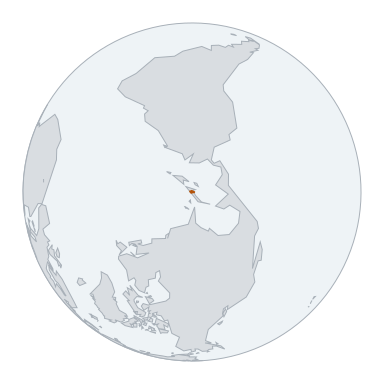 Las Tunas on an orthographic globe, rotated 206°
{"feature_id": "CUB-1368", "entity_name": "Las Tunas", "entity_type": "Province", "adm_level": 1, "iso_a3": "CUB", "parent_name": "Cuba", "parent_adm1": "", "projection": "orthographic", "projection_center": [-77.037, 21.068], "detail": "fine", "context": "on_globe", "style": "filled", "palette": "amber", "viewbox_px": 384, "rotation_deg": 206, "n_neighbors": 0, "source": "natural_earth", "source_scale": "10m", "svg_char_len": 9803}
<svg xmlns="http://www.w3.org/2000/svg" viewBox="0 0 384 384"><g transform="rotate(206 192 192)"><circle cx="192" cy="192" r="169" fill="#eef3f6" stroke="#a8b0b8"/><path d="M188.7,229.3L184.7,227.5L180.7,232.3L167.0,224.0L162.2,213.9L120.5,194.1L116.3,188.4L116.5,180.0L104.1,149.7L108.8,177.1L103.7,171.1L99.9,161.0L102.4,159.1L100.5,144.9L96.1,138.7L97.2,121.4L108.7,101.8L109.9,105.5L112.5,100.8L111.3,96.1L109.8,94.2L117.1,75.6L114.7,64.3L108.5,64.9L114.1,62.0L98.6,66.4L93.7,65.2L102.6,64.2L106.1,62.4L104.5,60.1L107.8,57.9L108.9,55.6L112.9,53.3L117.8,53.5L120.5,52.2L119.2,50.7L122.4,47.9L123.9,50.1L129.7,45.6L138.9,46.1L139.6,56.0L148.1,56.1L157.7,66.3L160.2,64.1L165.4,67.2L170.3,66.0L170.7,68.7L174.2,65.5L172.9,63.3L174.0,61.2L176.7,60.4L177.7,63.6L176.5,64.4L178.2,65.0L177.5,67.0L179.4,65.6L180.3,69.8L183.4,64.6L187.5,67.2L187.0,70.3L181.8,71.2L167.7,82.5L165.6,86.8L167.8,91.5L183.2,97.2L183.0,101.8L186.7,107.1L189.2,103.7L187.2,98.5L192.8,94.0L189.7,88.6L191.6,86.2L190.5,80.6L196.4,80.3L202.6,83.2L203.7,87.9L206.5,89.5L210.0,84.3L216.6,93.2L228.7,99.5L229.8,102.2L223.6,107.9L212.0,109.0L203.9,118.4L214.9,111.4L217.4,119.1L220.3,120.2L223.5,119.5L224.8,116.4L226.8,119.1L216.8,126.5L214.8,124.1L218.0,121.6L212.5,122.5L205.7,128.4L207.5,132.3L195.4,138.6L196.6,141.6L194.6,145.0L193.6,139.6L195.1,149.7L181.2,161.4L183.1,179.7L175.0,165.6L168.3,163.9L160.2,164.0L160.4,167.0L149.6,164.3L139.9,170.1L136.5,184.3L140.3,195.5L152.3,196.7L155.9,190.7L164.7,189.7L158.5,206.0L173.9,208.7L172.4,220.8L177.0,227.1L184.6,225.5L192.6,228.4L198.2,221.3L207.2,217.1L207.5,226.9L212.4,217.7L217.5,222.1L235.4,220.3L234.1,222.6L249.2,232.4L265.1,235.0L268.8,241.3L267.0,245.8L272.4,246.1L272.5,248.8L293.7,248.3L304.1,252.1L303.5,261.3L294.2,274.0L284.3,296.4L267.2,306.4L261.9,314.6L247.0,327.1L236.7,327.7L238.8,332.2L232.3,335.7L225.4,336.6L223.5,339.9L218.3,340.4L221.2,342.1L212.0,346.5L213.6,349.2L206.7,352.1L207.9,353.5L205.6,353.6L203.0,354.2L202.5,354.9L195.8,353.8L194.8,350.5L197.9,348.6L194.8,348.3L201.4,343.0L197.8,344.2L200.1,335.5L205.9,327.6L211.0,302.0L207.7,296.7L194.9,290.6L179.7,269.1L184.0,259.9L180.5,255.5L191.7,242.0L188.7,229.3ZM35.3,152.2L36.5,148.4L36.4,151.5L35.3,152.2ZM36.9,145.7L36.5,147.1L36.7,145.9L36.9,145.7ZM36.8,144.6L36.9,145.4L36.6,144.8L36.8,144.6ZM36.5,143.5L36.7,143.9L36.6,144.0L36.5,143.5ZM182.3,185.9L199.9,194.2L190.0,195.6L191.9,193.9L187.4,190.4L179.1,187.2L170.3,189.0L182.3,185.9ZM36.6,140.7L36.7,139.9L37.0,139.9L36.6,140.7ZM189.9,175.8L186.9,175.1L189.9,175.0L189.9,175.8ZM108.6,93.9L110.9,96.3L110.8,101.6L108.5,99.8L108.6,93.9ZM109.2,84.6L111.2,84.8L108.0,89.3L107.9,87.7L109.2,84.6ZM103.2,66.1L104.5,67.3L102.1,67.0L103.2,66.1ZM108.3,55.8L106.9,56.2L108.1,54.9L108.3,55.8ZM187.4,81.2L188.9,80.9L188.3,82.1L187.4,81.2ZM185.5,79.2L183.7,80.8L182.5,80.1L183.7,79.1L185.5,79.2ZM115.3,50.3L117.6,48.4L116.1,50.4L115.3,50.3ZM188.0,77.5L180.7,78.7L178.7,77.5L181.3,72.9L188.0,77.5ZM119.5,47.2L125.0,42.9L122.4,43.4L132.9,40.0L124.7,44.5L123.3,46.8L122.1,46.2L119.5,47.2ZM171.3,62.9L172.8,65.2L169.0,64.1L171.3,62.9ZM168.6,62.8L155.4,63.2L154.5,59.8L159.1,60.1L156.0,56.6L162.0,54.7L165.1,56.2L164.5,58.7L167.3,56.1L168.6,62.8ZM137.8,39.0L139.9,38.2L138.7,39.1L137.8,39.0ZM174.1,60.3L171.5,60.6L170.6,57.6L175.6,56.6L174.3,57.8L174.1,60.3ZM152.2,56.8L152.4,54.6L157.3,52.3L158.1,51.2L162.1,54.4L152.2,56.8ZM175.9,58.1L178.1,56.2L181.1,57.0L176.6,59.9L175.9,58.1ZM168.2,57.3L168.0,55.8L169.8,56.3L168.2,57.3ZM192.7,59.3L189.6,59.3L188.9,57.7L192.7,59.3ZM178.8,55.4L177.8,55.2L177.1,54.6L179.2,53.6L178.8,55.4ZM165.3,52.7L167.3,52.4L163.9,51.3L167.5,49.8L169.5,52.3L170.1,50.6L171.2,50.2L171.7,52.7L165.3,52.7ZM179.3,51.0L183.2,54.0L189.0,54.2L189.9,55.5L180.3,55.1L179.3,51.0ZM174.8,51.7L177.8,51.5L177.3,53.2L175.0,54.4L174.8,51.7ZM169.2,48.1L163.2,49.6L162.9,49.1L169.2,48.1ZM181.1,50.6L180.2,49.9L181.6,50.5L181.1,50.6ZM173.0,48.4L170.9,49.0L170.6,48.3L173.0,48.4ZM180.0,48.2L181.2,49.1L179.7,49.9L180.0,48.2ZM176.9,48.0L177.1,47.0L178.4,49.6L176.0,48.4L176.9,48.0ZM173.1,47.7L172.3,47.5L174.0,47.6L173.1,47.7ZM185.2,45.1L187.2,48.2L183.8,49.7L182.3,46.4L185.2,45.1ZM206.7,356.0L196.2,354.3L202.2,355.1L207.0,353.8L212.3,355.0L206.7,356.0ZM220.5,352.1L225.6,350.9L226.7,351.1L223.4,352.1L220.5,352.1ZM321.7,83.8L323.1,85.5L319.0,81.1L310.0,71.0L321.7,83.8ZM297.4,59.9L300.3,62.3L301.2,63.0L302.6,64.3L304.8,66.3L304.0,65.6L301.9,63.8L302.6,64.7L312.3,74.0L314.6,75.9L319.1,82.3L323.3,86.4L326.1,90.3L320.1,84.9L317.3,81.9L309.9,79.0L313.3,82.6L320.5,85.8L320.3,86.6L325.0,92.3L321.2,88.6L312.5,84.8L313.6,91.9L322.8,110.5L321.8,114.9L317.4,115.5L306.2,101.3L309.7,93.3L305.8,88.9L298.4,85.7L300.0,83.8L297.4,81.7L298.1,78.8L292.4,71.2L292.1,68.3L283.5,62.1L282.1,60.0L287.6,64.1L291.2,65.7L289.6,59.6L287.4,57.5L282.0,54.3L282.2,53.3L277.1,51.0L273.1,47.0L273.8,50.2L267.4,47.2L261.4,43.5L259.5,43.3L269.1,49.5L272.8,51.5L275.8,52.3L286.1,59.4L288.0,62.3L277.7,57.6L279.3,61.5L270.6,56.8L250.0,41.7L244.6,37.6L249.1,35.4L254.1,37.4L254.9,38.9L260.0,39.6L256.8,38.5L257.0,38.0L250.9,35.6L250.8,35.2L245.2,34.0L244.3,33.2L247.9,34.0L238.2,30.6L234.7,29.1L232.5,28.6L231.3,28.5L227.7,27.0L226.3,26.8L226.9,27.1L224.5,27.0L218.9,26.3L217.9,25.8L219.8,26.0L222.4,25.9L227.6,26.9L226.7,26.6L221.9,25.7L218.8,25.8L215.6,25.6L216.4,25.2L215.9,25.3L214.1,25.1L211.4,24.6L210.2,24.9L191.1,25.0L184.0,24.6L186.8,23.9L172.5,25.1L165.6,25.5L166.2,25.7L159.8,27.1L161.9,26.9L161.7,27.1L146.1,31.9L141.7,33.1L135.7,36.4L136.0,36.6L138.9,35.8L132.9,40.0L122.4,43.4L122.2,42.6L115.7,45.7L116.3,43.7L113.7,43.9L118.1,40.7L115.7,41.5L113.4,42.7L108.5,45.2L107.9,45.4L118.4,39.9L123.5,38.7L122.2,38.5L125.5,37.2L126.8,36.4L125.6,36.6L123.6,37.5L126.1,36.4L137.4,32.1L148.9,28.6L160.7,26.0L172.7,24.1L184.8,23.2L196.9,23.1L209.0,23.9L220.9,25.5L232.8,28.0L244.4,31.4L255.8,35.5L266.8,40.5L277.5,46.2L287.7,52.7L297.4,59.9ZM360.2,207.6L360.5,199.5L360.5,186.9L359.9,183.6L359.2,187.7L358.0,183.8L357.3,185.6L349.3,201.7L344.4,198.3L332.7,181.8L332.3,171.1L327.9,161.4L321.7,115.8L325.3,114.1L326.1,99.3L327.0,98.9L332.3,106.6L337.1,106.9L332.4,98.9L331.9,97.3L338.7,108.3L344.7,119.7L349.8,131.5L353.9,143.8L357.1,156.3L359.4,169.0L360.7,181.8L360.9,194.7L360.2,207.6ZM329.6,135.6L331.1,138.6L329.6,135.6ZM236.0,220.1L238.1,221.8L235.3,222.1L236.0,220.1ZM188.7,199.7L192.4,199.9L194.3,201.4L191.5,201.9L188.7,199.7ZM219.6,198.6L223.8,199.2L219.5,200.3L219.6,198.6ZM202.7,195.3L216.3,198.6L207.8,201.9L199.2,200.0L205.1,198.9L202.7,195.3ZM188.3,181.6L190.6,182.4L190.0,184.2L188.3,181.6ZM192.1,175.7L191.2,175.9L190.0,174.4L192.1,175.7ZM218.0,118.7L218.9,118.2L222.2,118.2L220.7,119.6L218.0,118.7ZM236.2,110.8L239.1,115.4L236.0,112.9L234.6,115.5L226.3,113.8L229.9,103.5L229.7,108.3L236.2,110.8ZM216.2,109.4L221.1,111.2L215.6,109.7L216.2,109.4ZM282.5,74.8L284.9,74.8L287.8,77.7L288.2,82.7L283.9,78.4L282.5,74.8ZM287.5,74.3L277.2,69.0L276.5,66.1L278.7,68.5L279.3,67.1L282.8,70.7L292.3,73.7L295.5,76.6L294.5,83.4L293.1,79.4L290.8,79.5L287.5,74.3ZM252.0,64.8L247.5,63.6L251.9,58.7L255.6,60.4L256.2,65.1L252.2,65.9L252.0,64.8ZM194.1,69.7L192.1,70.4L191.8,69.4L193.2,68.0L194.1,69.7ZM191.3,59.4L202.5,65.9L200.8,66.9L209.4,70.0L208.2,74.1L202.7,71.8L208.2,77.6L202.7,77.2L207.0,80.9L194.8,75.4L190.1,75.7L195.8,73.8L197.0,69.9L196.1,68.4L190.1,64.3L180.6,63.4L180.3,59.9L182.6,57.7L184.8,57.3L184.3,59.6L187.7,57.6L188.6,60.7L191.3,59.4ZM209.8,39.9L208.3,41.6L215.2,40.1L216.2,42.3L216.9,42.0L219.7,43.8L224.5,45.5L224.1,46.6L226.1,46.9L228.0,48.2L230.6,49.0L231.0,51.4L234.2,52.6L232.5,53.1L238.0,54.7L234.1,54.6L236.2,56.7L238.9,55.7L234.5,68.7L235.6,75.0L238.7,80.5L231.6,80.2L224.2,75.1L217.7,68.3L217.6,62.6L214.4,63.8L213.4,61.5L216.3,61.5L211.2,60.2L211.2,58.4L205.4,53.8L198.0,53.4L195.7,52.0L198.6,51.2L194.3,50.3L198.1,48.0L196.5,47.0L198.8,43.9L205.2,43.4L202.9,42.4L204.5,40.3L209.8,39.9ZM186.0,44.2L193.5,42.6L197.7,43.2L192.1,48.3L193.0,49.6L189.5,53.4L183.5,52.6L185.0,51.5L185.1,50.3L187.0,51.0L185.5,49.6L187.6,48.2L187.1,46.7L189.7,46.5L186.0,44.2ZM324.9,95.0L325.1,94.2L324.6,92.3L327.5,96.1L324.9,95.0ZM319.2,92.5L318.8,91.1L322.8,95.1L322.6,96.1L319.2,92.5ZM315.3,87.2L318.5,90.7L316.7,89.4L315.3,87.2ZM287.0,62.9L286.2,61.5L287.4,62.1L289.4,63.7L287.0,62.9ZM230.5,37.5L228.9,38.0L227.9,37.5L222.3,37.4L221.1,36.0L224.0,35.5L230.5,37.5ZM326.8,90.8L326.7,90.2L327.6,91.9L326.8,90.8ZM228.2,35.9L226.1,35.9L226.8,35.3L228.2,35.9ZM220.0,35.0L220.3,34.1L220.3,35.8L220.0,35.0ZM214.9,27.0L224.0,28.5L229.8,29.3L231.7,29.1L232.8,30.4L224.0,29.1L214.9,27.0ZM194.2,25.1L192.5,25.8L190.6,25.5L190.7,25.3L194.2,25.1ZM195.0,25.6L197.8,26.6L195.1,27.0L193.5,26.1L195.0,25.6ZM213.4,30.3L216.1,30.7L215.5,31.2L213.4,30.3ZM138.9,38.0L139.8,38.1L137.9,38.6L138.9,38.0ZM163.0,27.0L162.4,27.4L160.2,27.7L163.0,27.0ZM159.6,28.9L162.4,28.2L159.8,29.1L159.6,28.9ZM168.7,26.9L163.7,28.1L168.0,26.7L168.7,26.9Z" fill="#d9dde1" stroke="#a8b0b8" stroke-width="1"/><path d="M192.3,190.8L192.5,191.0L192.4,191.1L192.4,191.3L192.6,191.2L192.5,191.3L192.6,191.2L192.8,191.1L193.0,191.1L193.1,191.3L192.9,191.4L193.0,191.4L193.1,191.5L193.1,191.4L193.3,191.4L193.3,191.5L193.2,191.5L193.3,191.6L193.5,191.6L193.4,191.5L193.4,191.4L193.5,191.3L193.8,191.4L194.0,191.4L194.0,191.5L193.9,191.7L193.9,191.8L193.7,192.0L193.4,192.2L193.4,192.3L193.2,192.3L193.0,192.6L192.9,192.7L192.9,192.8L192.9,193.0L192.7,193.1L192.4,192.9L192.2,192.9L192.1,193.0L191.9,192.9L191.5,192.9L191.4,192.8L191.3,193.0L191.2,193.0L190.9,193.1L190.7,193.1L190.4,193.1L190.2,193.1L189.9,193.1L189.8,192.8L190.0,192.6L190.3,192.5L190.3,192.4L190.5,192.4L190.6,192.2L190.8,192.2L191.0,192.1L191.1,192.3L191.1,192.2L191.3,192.2L191.5,191.9L191.7,191.7L191.7,191.4L191.9,191.3L191.8,191.2L191.7,191.2L191.8,191.1L192.0,191.0L192.2,190.9L192.3,190.8Z" fill="#f59e0b" stroke="#b45309" stroke-width="1.5"/></g></svg>